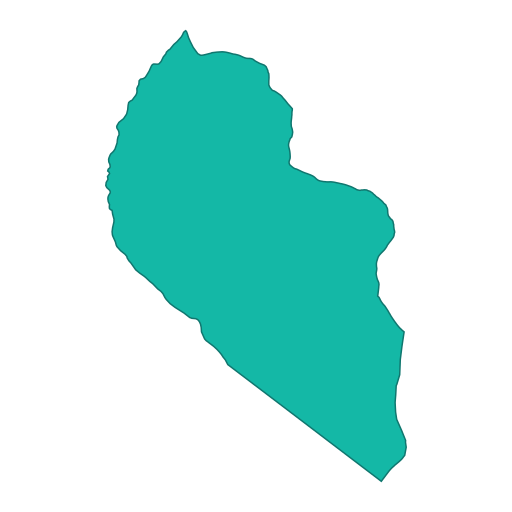 Bhur, Geylegphug, Bhutan (Mercator projection)
{"feature_id": "84629894B14718080214922", "entity_name": "Bhur", "entity_type": "district", "adm_level": 2, "iso_a3": "BTN", "parent_name": "Bhutan", "parent_adm1": "Geylegphug", "projection": "mercator", "projection_center": [90.436, 26.926], "detail": "fine", "context": "isolated", "style": "filled", "palette": "teal", "viewbox_px": 512, "rotation_deg": 0, "n_neighbors": 0, "source": "geoboundaries", "source_scale": "gbopen_adm2", "svg_char_len": 5038}
<svg xmlns="http://www.w3.org/2000/svg" viewBox="0 0 512 512"><path d="M292.3,108.7L290.1,106.2L287.9,103.8L286.9,102.5L285.1,100.2L283.0,97.9L281.6,96.1L280.2,94.9L276.0,92.0L274.1,90.9L272.4,90.4L270.4,88.1L269.6,86.8L268.8,84.9L268.8,83.4L268.8,81.0L269.0,77.6L268.9,75.0L268.8,73.7L268.1,72.3L267.8,70.5L266.1,66.7L264.4,65.2L261.9,64.2L259.7,63.4L258.4,62.7L256.9,61.9L255.4,61.1L254.1,60.1L252.7,59.1L251.1,58.6L249.5,58.4L247.8,58.4L246.1,58.2L244.5,57.7L243.0,57.1L241.5,56.4L240.0,55.7L238.4,55.1L236.8,54.7L235.2,54.3L233.5,54.1L231.9,53.7L230.3,53.2L228.7,52.8L227.0,52.4L225.4,52.1L223.7,51.9L222.1,51.8L220.4,51.9L218.7,52.0L217.1,52.1L215.4,52.3L213.7,52.5L212.1,52.7L210.5,53.3L208.9,53.7L207.3,54.1L205.7,54.5L204.0,54.9L202.4,55.2L200.7,55.3L197.8,53.7L195.9,51.1L193.2,47.4L191.5,44.0L190.4,41.8L188.6,37.8L187.4,34.0L186.6,31.8L185.7,30.7L184.5,31.5L183.6,32.4L182.5,34.9L181.3,36.9L176.9,41.8L173.8,44.5L169.7,49.5L168.6,50.0L166.4,52.2L165.9,53.8L163.4,56.8L161.1,61.5L158.9,63.9L157.5,64.2L153.7,64.0L152.4,64.6L151.3,66.2L149.1,71.2L147.3,74.2L146.1,76.1L145.2,77.4L143.3,78.6L140.5,79.2L139.1,80.8L139.0,82.7L138.7,84.9L137.7,86.5L136.9,88.4L137.0,91.8L136.7,93.4L135.8,95.3L133.8,97.9L132.2,100.1L130.3,101.1L128.7,102.5L128.1,105.3L127.7,109.7L126.7,113.8L125.9,115.2L123.5,118.7L121.1,120.6L118.9,122.4L117.0,125.6L116.7,126.8L117.0,128.3L118.3,130.3L118.9,132.0L119.1,134.7L118.0,136.9L117.4,139.7L117.1,142.9L115.0,149.1L113.5,151.3L112.5,152.3L110.7,154.0L110.0,155.3L109.0,157.8L108.6,159.3L108.8,161.9L109.9,164.4L110.2,166.6L109.8,167.8L108.2,169.2L107.7,171.0L109.0,172.1L109.6,173.6L107.5,176.5L108.0,179.3L106.2,182.4L105.8,185.6L106.8,187.6L109.7,190.3L110.3,191.8L110.1,193.1L108.7,195.3L108.0,197.2L107.9,199.1L108.3,201.7L109.5,204.4L109.3,206.9L109.5,208.6L110.5,209.6L112.1,210.4L112.6,214.1L114.0,219.2L113.9,222.0L112.6,227.7L112.1,231.7L112.4,234.9L112.8,236.1L115.4,241.9L116.3,245.3L117.0,246.7L120.6,250.7L125.1,254.3L126.9,256.5L127.1,257.8L128.9,260.8L131.0,263.1L135.7,269.8L139.7,273.1L143.7,275.9L145.6,277.4L149.8,281.4L152.7,283.7L157.8,289.0L160.9,291.3L162.9,293.6L164.9,297.5L166.2,299.4L170.2,303.7L175.1,307.4L184.1,313.1L189.7,317.5L191.8,318.3L195.8,318.7L197.3,319.4L198.4,320.3L199.5,321.9L200.5,324.1L201.2,327.4L201.5,331.9L204.6,338.9L206.1,340.6L213.5,346.2L216.8,349.2L219.3,351.9L221.5,354.6L223.1,357.1L225.3,359.8L227.8,364.6L280.1,404.3L381.3,481.3L388.0,472.4L389.0,471.1L390.1,469.8L391.2,468.6L392.4,467.4L393.7,466.3L394.9,465.1L396.5,463.8L397.8,462.7L399.0,461.7L400.3,460.5L401.5,459.4L402.6,458.1L403.6,456.7L404.7,455.4L406.2,447.2L405.5,442.3L405.6,440.4L401.7,430.7L396.7,419.4L395.6,412.1L395.1,402.5L395.7,395.1L396.2,385.7L396.8,384.4L399.7,374.8L400.3,359.5L402.0,345.9L404.1,331.9L402.0,330.1L400.8,328.9L399.6,327.8L398.5,326.5L397.4,325.2L396.4,323.9L395.4,322.5L394.4,321.2L393.5,319.8L392.5,318.4L391.6,317.0L390.7,315.6L389.9,314.1L389.0,312.7L388.2,311.2L387.3,309.8L386.4,308.4L385.5,307.0L384.5,305.6L383.3,304.4L382.3,303.1L381.3,301.7L380.5,300.3L379.8,298.8L379.0,297.3L377.7,296.2L377.9,294.6L378.1,292.9L378.3,291.3L378.5,289.6L378.7,287.9L378.8,286.2L379.0,284.6L378.8,282.9L378.2,281.3L377.5,279.8L377.0,278.2L376.6,276.6L376.3,274.9L376.1,273.3L376.4,271.6L376.7,269.9L376.8,268.3L376.5,266.6L376.4,265.0L376.4,263.3L376.7,261.6L377.2,260.0L377.7,258.4L378.2,257.0L379.1,255.5L380.2,254.2L381.3,253.0L382.5,251.8L383.7,250.6L384.8,249.4L385.8,248.0L386.7,246.6L387.4,245.1L388.4,243.8L389.4,242.4L390.5,241.1L391.5,239.8L392.5,238.4L393.4,237.1L394.0,235.5L394.2,233.8L394.7,232.2L394.5,230.8L394.1,229.4L393.9,227.8L393.7,226.2L393.7,224.7L393.3,223.3L392.9,221.2L391.7,219.5L390.4,218.7L389.7,217.4L388.7,216.4L388.1,214.8L387.8,213.2L387.7,211.5L387.6,209.8L387.3,208.2L386.5,206.7L385.8,204.9L384.8,204.1L383.8,203.3L383.0,202.2L382.1,201.2L381.2,200.4L379.4,198.9L378.4,198.0L377.1,197.2L375.9,196.3L375.0,195.3L373.6,194.2L372.5,193.0L369.8,191.2L368.0,190.7L366.8,190.0L365.6,189.9L364.4,189.8L362.7,190.0L361.4,190.0L360.0,190.4L358.4,190.1L356.8,189.7L355.4,188.8L354.3,188.3L352.8,187.5L351.3,186.8L349.7,186.2L348.2,185.7L346.6,185.1L345.0,184.6L343.4,184.2L341.8,183.8L340.1,183.5L338.5,183.1L336.9,182.8L335.2,182.4L333.6,182.1L331.9,181.9L330.3,181.8L328.6,181.9L326.9,181.9L325.3,181.7L323.6,181.6L322.0,181.3L320.3,181.0L318.7,180.5L317.3,179.7L316.0,178.6L314.8,177.4L313.5,176.4L312.0,175.6L310.5,174.9L308.9,174.3L307.4,173.7L305.8,173.2L304.2,172.6L302.7,172.0L301.2,171.3L299.6,170.5L298.1,169.8L296.6,169.1L295.0,168.7L293.5,167.9L292.2,166.9L290.9,165.8L289.7,164.7L289.1,163.1L289.1,161.5L289.6,159.9L290.1,158.3L290.2,156.6L290.1,154.9L290.0,153.3L289.8,151.6L289.5,149.9L289.1,148.3L288.7,146.7L288.5,145.0L288.7,143.4L289.1,141.7L289.7,140.2L290.2,138.6L291.8,136.9L292.4,134.3L292.7,132.1L292.2,129.1L291.3,126.4L291.2,124.7L291.1,123.1L291.2,121.4L291.4,119.7L291.6,118.0L291.7,116.4L291.9,114.9L291.9,113.3L292.0,111.6L292.3,110.0L292.3,108.7Z" fill="#14b8a6" stroke="#0f766e" stroke-width="1.5"/></svg>